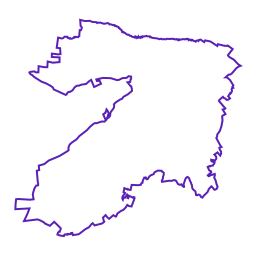 Maeriste, Salaj, Romania (Mercator projection)
{"feature_id": "2599482B89987294354273", "entity_name": "Maeriste", "entity_type": "district", "adm_level": 2, "iso_a3": "ROU", "parent_name": "Romania", "parent_adm1": "Salaj", "projection": "mercator", "projection_center": [22.749, 47.297], "detail": "fine", "context": "isolated", "style": "outline", "palette": "violet", "viewbox_px": 256, "rotation_deg": 0, "n_neighbors": 0, "source": "geoboundaries", "source_scale": "gbopen_adm2", "svg_char_len": 5735}
<svg xmlns="http://www.w3.org/2000/svg" viewBox="0 0 256 256"><path d="M44.7,223.4L49.9,225.8L54.2,221.8L60.7,228.2L60.8,228.7L59.7,231.7L59.1,231.5L58.8,231.8L58.0,232.7L57.4,234.5L60.0,235.5L63.9,236.1L64.3,235.5L64.2,235.1L65.2,234.3L66.6,234.7L67.2,234.7L67.0,234.2L67.6,233.9L70.0,234.2L70.7,234.0L70.9,233.1L72.3,232.9L72.8,235.1L78.4,234.3L79.9,233.4L85.3,229.2L88.9,227.3L91.7,223.9L92.7,223.2L94.5,225.4L102.1,223.5L104.3,221.7L103.8,220.9L103.0,217.6L105.6,215.1L107.5,217.5L109.2,218.8L113.3,215.2L115.8,216.6L116.3,216.2L117.4,213.5L121.2,210.8L123.2,210.0L125.7,207.5L127.3,204.9L128.8,206.0L131.5,206.5L134.5,198.5L134.4,197.3L133.5,197.1L133.3,197.9L129.1,195.8L128.2,198.2L127.5,197.9L128.1,195.6L127.1,194.5L125.0,197.7L123.8,197.3L122.9,199.7L122.3,198.6L122.4,197.2L122.9,196.0L124.8,193.7L125.1,193.0L123.5,192.2L124.4,188.1L126.9,189.3L127.5,189.5L127.8,189.0L129.0,189.8L130.6,189.9L131.7,184.9L138.1,185.2L140.8,184.8L141.0,183.9L142.1,182.5L142.5,182.6L142.8,180.7L144.2,177.7L144.9,178.0L145.4,177.4L145.9,177.5L146.6,179.2L147.4,179.2L148.0,178.7L149.1,176.7L150.6,175.4L153.7,174.1L154.4,172.4L157.7,170.6L161.7,170.8L162.2,171.8L163.3,172.3L163.8,172.9L163.7,175.0L163.1,176.5L162.9,178.5L161.8,180.6L162.0,181.8L168.7,180.8L172.1,180.8L173.8,180.1L175.3,180.3L176.2,181.0L178.1,184.2L180.2,184.8L181.4,184.3L182.2,185.6L183.7,186.9L184.1,186.8L184.0,185.9L183.6,185.0L183.8,183.6L185.7,178.3L187.3,176.9L187.7,177.0L189.2,178.3L190.0,181.1L190.7,182.0L191.3,184.0L191.8,184.6L192.2,187.6L192.7,189.0L195.4,191.4L196.1,195.0L196.8,195.3L198.4,194.6L199.3,194.8L200.3,195.4L200.8,196.8L202.4,197.6L203.8,195.7L207.5,192.1L208.9,189.0L211.2,186.4L211.5,186.3L214.5,189.8L216.6,189.0L217.6,186.8L216.5,184.0L215.6,180.4L214.2,177.6L214.9,175.1L214.7,173.9L211.7,175.0L211.2,174.7L209.6,175.9L208.6,176.2L207.8,175.3L211.3,172.2L211.0,171.3L209.2,170.4L207.7,166.9L209.6,166.0L210.0,166.4L211.6,165.6L212.9,165.6L213.6,164.3L214.3,163.6L214.6,162.3L211.7,161.4L211.2,160.7L211.2,159.7L215.0,160.5L216.3,158.7L216.2,156.6L214.4,154.6L217.5,152.4L220.2,155.6L221.1,153.5L221.1,151.6L219.9,149.8L219.3,147.8L221.5,147.0L220.3,145.5L216.3,138.0L217.1,136.7L217.2,134.6L219.8,131.0L221.4,126.4L222.5,120.6L222.4,118.3L222.1,117.1L222.4,115.8L225.5,114.1L222.7,109.5L224.4,109.1L225.3,108.4L218.9,100.9L219.5,99.8L222.9,96.8L223.9,98.0L225.0,98.4L226.8,99.9L228.2,99.7L230.0,98.4L228.2,96.3L230.1,93.2L230.5,93.6L231.6,92.1L232.0,90.6L231.6,89.4L231.9,88.5L233.3,87.9L232.4,86.8L233.4,85.5L230.0,80.0L226.9,77.3L225.6,77.3L228.7,74.6L230.1,74.6L231.9,73.4L236.5,68.0L239.1,66.3L240.6,65.8L238.0,64.1L233.9,59.7L229.3,57.0L228.0,55.5L227.9,55.2L232.7,49.1L227.7,45.5L227.2,45.9L224.5,45.8L217.9,44.2L217.3,46.0L210.5,41.5L205.1,40.4L204.2,42.1L200.6,39.6L198.8,40.0L198.5,40.9L198.0,40.5L196.8,40.6L196.1,41.3L196.0,40.9L195.2,41.3L193.7,40.9L192.3,39.8L191.6,39.9L191.5,40.5L191.2,40.5L190.8,39.7L189.0,40.1L188.9,39.8L188.6,40.0L188.3,39.0L187.5,38.8L186.7,39.2L185.9,38.9L185.3,39.4L182.7,39.1L180.2,39.8L179.4,39.4L179.1,40.0L178.7,40.2L178.5,39.5L178.0,39.3L177.3,39.8L176.7,39.1L175.1,39.5L174.3,38.9L173.2,39.1L172.2,38.7L170.2,39.0L166.7,38.8L166.1,39.3L163.8,39.1L162.7,39.4L161.4,38.7L159.3,39.2L157.6,38.5L152.0,37.8L151.4,37.2L150.1,37.3L149.9,36.4L146.9,36.3L146.4,35.9L143.7,36.6L142.9,36.4L142.2,37.4L141.3,37.6L141.3,37.2L140.6,37.7L140.3,37.1L140.6,36.8L139.7,37.0L139.4,37.6L138.3,37.7L138.2,36.9L137.5,37.9L137.3,37.8L137.4,37.1L136.9,36.8L136.2,37.0L136.0,37.5L135.5,36.6L134.6,37.3L134.4,36.8L133.8,37.2L131.8,36.6L131.1,35.9L130.1,35.9L128.7,34.7L127.7,34.8L126.3,34.1L125.1,33.0L124.1,32.8L123.8,32.2L122.3,32.2L122.3,31.9L122.7,31.6L121.9,31.2L121.5,30.4L121.5,30.0L119.8,28.8L119.6,28.2L118.9,28.1L118.6,27.1L117.0,26.6L116.5,26.0L115.0,26.1L114.3,25.5L114.4,25.1L112.9,25.0L110.1,24.2L109.5,24.4L108.5,23.3L107.8,23.1L104.0,23.8L100.6,22.7L98.1,22.6L97.2,23.1L96.4,22.2L92.2,21.9L89.8,20.8L85.1,21.1L80.2,19.9L80.6,25.9L81.7,27.2L81.8,27.8L81.1,30.0L80.4,30.4L79.8,30.2L79.3,34.2L79.4,35.9L78.4,36.9L78.1,37.2L77.0,36.8L76.2,37.1L75.2,36.9L74.7,37.5L74.2,37.0L72.7,38.4L71.0,38.8L70.2,38.2L69.4,38.6L68.8,38.0L67.7,37.8L67.5,36.8L64.6,36.7L63.0,38.2L61.8,38.5L58.1,37.6L56.7,47.8L60.1,48.2L60.5,54.1L58.2,54.4L51.9,53.6L51.8,57.0L59.6,57.4L59.5,62.1L52.9,62.7L47.7,61.5L47.3,67.2L44.4,67.2L38.6,66.2L38.4,72.3L36.8,72.4L35.5,72.2L34.4,71.4L33.1,71.5L30.5,71.9L29.4,72.4L29.8,73.3L30.5,74.2L32.4,75.2L33.8,76.7L41.4,81.6L46.3,83.5L50.4,85.7L52.9,87.5L53.7,89.4L65.7,94.9L66.6,94.5L66.8,93.7L68.5,91.9L70.0,91.9L72.6,90.3L74.4,87.6L76.1,86.2L77.3,85.6L78.9,85.7L81.2,84.7L86.0,84.0L89.3,81.1L91.2,79.9L94.1,87.0L101.0,83.8L99.6,80.7L96.9,81.0L96.3,79.4L103.0,77.9L110.9,78.2L117.0,80.1L118.8,79.9L122.6,78.1L126.5,77.9L128.6,76.2L131.1,76.6L131.1,78.9L130.5,79.4L130.2,81.9L127.5,82.3L130.5,86.0L131.2,86.3L131.9,89.2L132.0,90.9L127.9,94.3L123.5,96.8L121.9,98.9L120.4,99.4L116.4,101.9L114.5,103.6L113.9,104.4L114.2,105.7L113.8,108.0L110.7,112.1L110.3,113.5L110.1,115.7L109.2,117.1L106.9,118.8L106.7,118.6L107.2,118.0L107.2,117.4L108.0,116.8L107.9,115.1L108.3,114.9L108.9,113.9L107.5,110.6L106.5,109.4L105.8,112.0L105.3,112.4L105.4,112.9L103.2,114.3L105.2,118.9L105.6,119.6L106.0,119.3L106.3,119.9L104.5,121.6L101.8,121.5L96.5,123.2L95.0,123.1L93.4,123.9L90.0,126.8L86.9,130.2L79.3,136.1L76.5,139.4L71.8,142.6L69.6,144.6L68.4,148.0L68.6,150.2L67.4,151.2L59.5,156.0L48.8,160.5L44.2,164.1L38.8,165.6L39.2,170.1L36.8,170.7L37.7,181.3L38.2,183.6L38.1,185.3L36.2,185.6L34.4,188.5L33.1,192.8L32.8,194.9L33.6,199.3L30.0,199.7L18.2,199.0L16.1,199.2L15.6,203.9L15.4,209.2L29.5,208.4L27.4,213.9L24.0,221.1L37.6,219.4L40.9,220.7L44.3,222.6L44.7,223.4Z" fill="none" stroke="#5b21b6" stroke-width="2"/></svg>